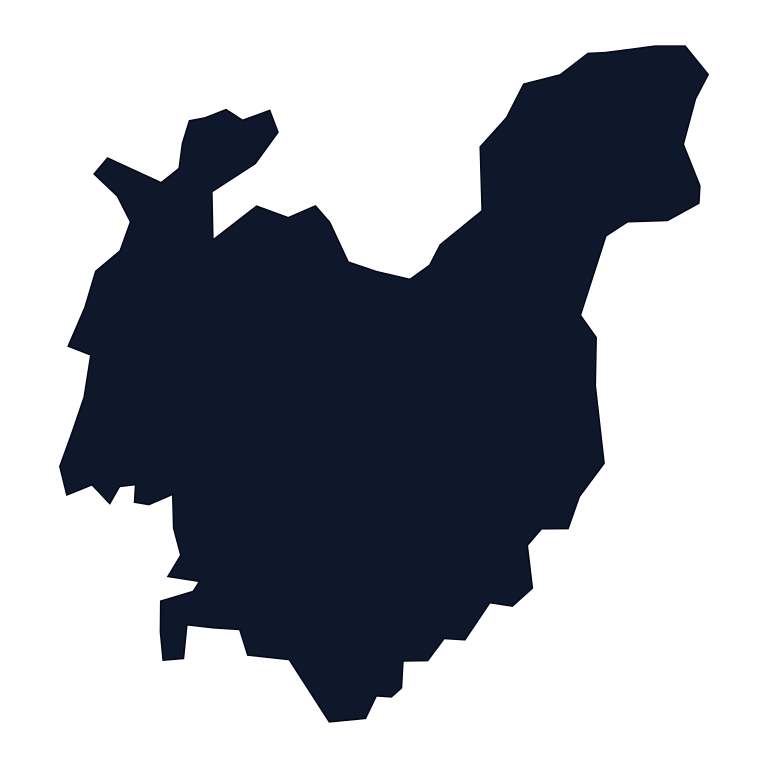 Parkent, Tashkent, Uzbekistan (orthographic projection)
{"feature_id": "79887680B47591797278473", "entity_name": "Parkent", "entity_type": "district", "adm_level": 2, "iso_a3": "UZB", "parent_name": "Uzbekistan", "parent_adm1": "Tashkent", "projection": "orthographic", "projection_center": [69.727, 41.255], "detail": "fine", "context": "isolated", "style": "filled", "palette": "ink", "viewbox_px": 768, "rotation_deg": 0, "n_neighbors": 0, "source": "geoboundaries", "source_scale": "gbopen_adm2", "svg_char_len": 1230}
<svg xmlns="http://www.w3.org/2000/svg" viewBox="0 0 768 768"><path d="M595.3,385.6L596.2,337.5L580.4,315.3L605.9,235.9L627.6,221.8L667.5,220.5L698.9,203.2L699.9,185.9L683.3,144.3L695.5,98.8L708.2,74.5L685.2,46.1L654.9,46.1L605.2,52.6L588.0,53.4L560.2,74.8L523.7,84.1L506.5,117.7L480.2,146.9L482.1,210.7L440.3,244.7L429.7,265.2L409.9,279.4L376.2,271.5L348.2,262.0L329.7,222.3L315.4,205.9L288.2,217.7L256.6,206.1L212.9,240.0L211.9,191.7L255.3,163.5L278.0,132.2L269.7,110.4L242.6,120.3L226.1,109.6L204.8,117.9L189.4,120.8L182.4,143.5L179.1,168.4L161.1,182.7L107.5,158.0L94.1,174.0L117.4,196.1L130.5,221.9L120.1,250.8L95.7,271.3L84.9,307.5L68.2,346.2L90.8,355.0L84.1,397.3L71.8,433.4L59.8,466.5L66.8,495.0L92.0,484.8L109.8,503.6L119.5,486.5L135.6,484.6L134.5,502.2L148.9,504.6L172.7,494.3L173.6,528.2L180.8,555.2L167.9,576.5L199.5,581.4L193.2,591.4L160.7,601.1L160.4,632.0L163.1,660.2L183.5,658.5L186.9,624.8L213.2,627.8L239.7,629.5L247.7,655.1L289.2,659.6L329.3,721.9L365.5,718.4L376.3,695.9L391.4,696.9L401.5,687.9L403.0,661.0L427.7,660.6L444.1,638.5L464.9,639.8L489.8,602.7L512.4,606.1L532.4,588.1L527.3,545.3L541.5,528.8L568.1,528.6L579.4,496.5L604.1,463.3L595.3,385.6Z" fill="#0f172a" stroke="#020617" stroke-width="1.5"/></svg>